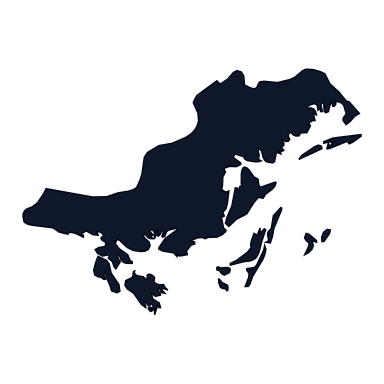 Quảng Ninh, Natural Earth projection
{"feature_id": "VNM-429", "entity_name": "Quảng Ninh", "entity_type": "Province", "adm_level": 1, "iso_a3": "VNM", "parent_name": "Vietnam", "parent_adm1": "", "projection": "natural_earth1", "projection_center": [107.332, 21.181], "detail": "fine", "context": "isolated", "style": "filled", "palette": "ink", "viewbox_px": 384, "rotation_deg": 0, "n_neighbors": 0, "source": "natural_earth", "source_scale": "10m", "svg_char_len": 6082}
<svg xmlns="http://www.w3.org/2000/svg" viewBox="0 0 384 384"><path d="M216.9,80.8L220.1,84.2L227.6,79.2L233.5,72.4L236.9,70.7L241.3,72.0L243.7,75.9L244.5,85.0L251.1,88.2L255.1,88.8L256.9,87.3L258.7,83.2L260.1,81.8L264.0,81.3L277.5,82.6L290.2,79.5L294.2,77.7L302.7,70.7L306.0,69.2L313.1,69.6L320.5,71.7L324.9,73.9L330.0,84.0L338.8,91.9L346.3,101.0L349.2,101.9L359.4,113.5L354.8,116.1L350.2,121.4L346.1,124.6L343.1,120.5L343.2,118.0L346.1,114.2L345.8,112.3L343.7,105.3L341.7,103.0L335.7,101.0L335.9,104.0L334.2,106.3L332.8,106.3L331.6,102.0L330.1,104.4L328.4,111.6L325.8,112.8L324.2,111.1L323.7,102.9L322.4,102.9L320.8,104.6L322.4,111.6L320.8,111.6L319.5,108.1L318.0,110.0L317.1,104.8L314.4,103.6L310.8,104.6L307.6,106.3L307.6,108.1L311.1,108.0L313.7,109.0L315.5,111.3L316.4,114.9L313.4,113.5L315.0,120.5L312.7,120.5L309.7,122.5L309.0,124.1L310.4,125.7L306.8,132.7L301.0,132.8L298.8,135.9L295.9,136.0L292.9,134.7L291.2,132.7L289.6,132.7L288.3,134.6L288.3,136.2L289.7,139.3L288.4,141.2L285.5,141.5L282.2,139.9L282.8,142.3L283.8,143.2L283.8,145.2L281.4,147.3L283.8,150.4L279.3,152.2L280.5,152.6L280.9,153.9L276.4,152.2L274.5,161.7L272.6,162.9L266.5,161.8L264.7,160.2L263.2,157.5L261.7,151.7L260.6,149.7L257.8,148.8L259.2,155.4L258.4,159.4L261.1,160.8L258.8,161.7L254.0,161.7L247.0,160.4L244.7,158.9L243.6,156.6L234.6,153.9L233.3,157.5L240.7,162.9L240.7,164.5L236.4,166.6L229.5,166.4L224.3,168.2L224.3,169.9L225.5,171.9L222.8,177.0L222.4,186.3L221.4,189.3L225.0,191.8L226.9,192.0L228.8,191.0L227.5,202.6L226.0,208.7L222.8,212.3L224.3,216.0L221.4,217.4L223.6,228.2L225.8,229.9L225.8,231.5L222.2,234.7L217.0,237.1L208.0,237.4L205.2,238.7L202.4,237.5L197.8,237.8L190.4,240.6L194.7,242.2L194.7,244.0L191.2,245.0L186.5,250.8L187.3,254.7L179.5,256.0L176.9,254.7L176.9,256.4L173.6,252.8L163.0,251.1L158.9,249.2L158.9,247.6L165.2,238.5L176.9,229.9L176.9,228.1L168.7,230.1L166.6,231.5L164.6,236.5L162.7,237.1L161.9,236.3L163.5,231.5L162.0,229.9L160.3,234.2L158.3,236.2L157.1,235.0L157.6,229.9L156.1,229.9L156.0,235.1L154.6,238.7L154.3,232.1L152.8,230.3L150.2,229.9L150.1,231.5L153.1,235.2L150.1,235.2L153.1,238.7L150.0,238.6L148.0,237.5L144.1,233.4L143.6,236.9L149.1,242.1L150.1,245.7L148.2,249.5L144.8,251.2L140.7,251.5L133.1,250.4L127.1,247.4L119.6,240.3L117.1,239.3L115.8,242.2L115.0,240.8L112.9,240.6L119.2,248.8L127.7,254.7L129.9,260.4L132.2,261.7L132.2,263.4L126.6,263.3L123.3,262.3L121.0,259.7L118.9,254.7L117.3,254.7L118.2,258.9L120.3,261.7L115.9,268.8L114.2,267.1L112.5,261.8L108.4,258.2L109.2,256.8L108.4,254.7L102.5,256.1L97.6,253.4L95.2,249.6L98.8,247.6L104.9,246.5L105.7,244.8L105.5,242.2L101.7,239.8L100.9,238.1L103.9,235.2L100.8,232.2L96.6,231.5L98.1,235.2L93.1,234.7L86.2,230.9L81.8,233.4L81.8,235.2L83.4,235.2L83.4,237.1L75.3,233.3L70.6,232.2L67.0,233.4L68.8,234.0L67.3,234.1L59.0,232.0L53.0,227.8L31.5,225.1L26.8,223.8L24.1,222.0L23.0,216.4L23.3,213.2L24.6,210.9L26.8,209.0L32.4,206.8L37.4,202.9L43.4,194.1L46.2,188.7L92.4,197.0L106.5,196.8L118.0,192.9L128.1,191.3L133.3,189.7L136.7,187.5L140.4,179.2L142.0,173.8L144.3,157.6L146.2,154.3L147.8,152.3L158.8,145.7L172.2,143.3L186.0,137.3L191.2,133.8L194.8,129.9L197.1,126.0L198.6,121.0L198.0,113.2L193.3,102.7L195.2,98.4L197.0,95.4L216.9,80.8ZM260.1,187.4L275.4,182.1L276.0,182.6L275.0,185.8L272.6,188.9L265.4,194.4L263.2,198.2L258.2,197.4L253.9,202.6L246.7,213.9L236.3,219.3L228.9,226.4L225.5,223.3L226.9,217.5L231.9,206.0L235.3,187.9L236.8,187.9L238.3,190.0L239.0,189.9L239.2,187.7L240.2,186.2L242.2,185.8L241.3,184.0L241.4,173.4L242.0,170.3L243.3,167.6L245.0,167.2L246.8,167.9L249.0,169.9L254.0,177.0L258.0,179.1L258.8,185.0L260.1,187.4ZM162.0,290.0L164.9,293.3L162.4,292.8L160.8,291.1L158.9,286.5L158.2,290.5L160.5,293.3L160.5,295.1L155.5,296.3L151.5,293.3L152.6,298.8L159.2,303.0L160.5,307.6L158.9,307.6L158.9,305.8L157.5,305.8L154.6,314.8L154.6,309.2L151.5,311.1L151.5,309.2L150.1,311.1L148.5,309.2L148.5,307.6L153.1,307.6L153.1,305.8L151.5,303.9L150.1,303.9L150.1,305.8L148.5,305.8L145.7,302.1L144.1,302.1L145.7,305.8L145.7,307.6L141.3,304.2L133.7,293.3L127.4,288.9L125.0,285.3L125.7,280.6L132.2,277.5L133.0,275.8L133.3,272.0L135.3,270.3L133.7,272.2L136.7,275.7L143.4,276.8L145.7,279.3L147.0,279.3L147.3,275.0L149.5,274.1L152.4,275.3L154.6,277.5L153.9,282.0L156.5,283.9L160.0,284.9L163.5,284.6L165.3,287.8L167.9,290.0L162.0,288.1L162.0,290.0ZM109.0,263.7L111.1,273.1L118.9,284.6L119.9,291.1L117.1,292.8L111.5,290.8L110.4,286.6L106.1,276.3L105.4,270.3L103.9,274.8L105.4,279.3L103.8,279.3L101.0,277.3L97.7,276.6L94.8,275.0L93.7,270.3L95.5,263.1L98.0,256.4L106.5,260.4L109.0,263.7ZM260.1,233.4L264.3,228.8L265.7,229.7L261.5,242.2L259.3,251.2L257.8,255.0L255.6,258.2L252.5,260.1L249.0,261.1L243.7,261.7L230.3,265.1L230.3,263.4L236.6,260.4L247.4,252.3L251.2,247.6L250.6,244.8L251.4,240.8L254.0,233.4L257.3,235.2L260.1,228.1L260.1,233.4ZM332.9,138.1L361.0,134.6L361.0,136.2L352.6,142.3L349.2,143.8L347.5,141.7L346.2,141.7L329.8,148.4L326.9,148.8L328.4,143.2L329.9,146.9L332.1,143.3L333.8,142.2L329.3,141.9L323.8,143.2L323.8,141.7L332.9,138.1ZM256.5,265.5L263.8,249.9L264.6,245.7L265.9,249.2L264.6,255.1L262.8,259.4L252.6,276.4L249.7,284.5L248.1,286.4L245.2,286.5L248.7,277.4L249.1,273.3L246.7,270.3L246.7,268.7L254.2,267.6L256.5,265.5ZM273.4,215.7L280.8,207.6L281.6,208.0L281.6,209.8L273.8,228.5L272.4,236.5L270.3,242.9L265.9,242.2L268.2,241.2L268.5,239.6L267.5,234.3L268.2,231.7L271.3,228.4L273.4,215.7ZM306.2,233.4L309.0,234.3L316.5,240.6L316.5,242.2L312.2,240.6L313.3,245.7L311.7,249.6L308.6,252.6L304.7,254.7L308.8,246.1L309.1,243.1L305.8,240.1L304.6,237.8L306.2,233.4ZM320.9,145.8L321.9,147.4L321.7,148.8L298.8,159.4L301.9,155.3L314.5,146.8L318.1,145.2L320.9,145.8ZM227.5,267.5L229.7,268.3L230.3,269.9L229.2,272.7L224.3,275.1L221.4,273.4L219.1,270.2L217.3,270.3L216.7,268.7L217.0,267.4L218.1,266.8L220.8,268.0L227.5,267.5ZM323.6,232.2L327.2,229.4L330.3,230.0L329.5,233.5L324.0,241.4L321.9,241.6L321.7,237.1L323.6,232.2ZM222.0,282.5L227.3,285.2L228.0,286.8L227.8,290.3L227.0,290.7L224.6,288.3L222.8,288.6L220.5,287.3L218.8,282.8L218.6,279.1L219.4,279.2L222.0,282.5Z" fill="#0f172a" stroke="#020617" stroke-width="1.5"/></svg>